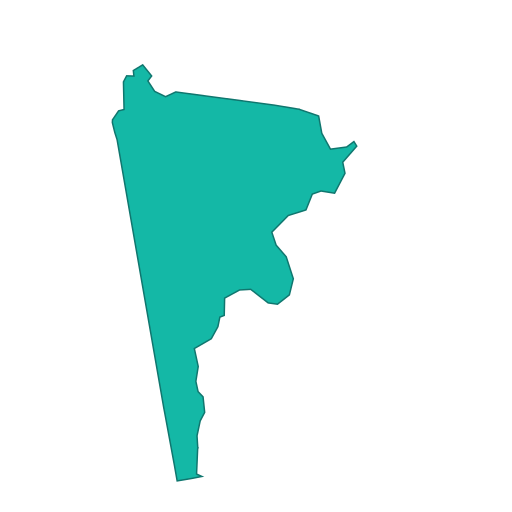 outline of Northampton, North Carolina, United States of America, rotated 260°
{"feature_id": "52423323B28238125667725", "entity_name": "Northampton", "entity_type": "district", "adm_level": 2, "iso_a3": "USA", "parent_name": "United States of America", "parent_adm1": "North Carolina", "projection": "natural_earth1", "projection_center": [-77.477, 36.356], "detail": "fine", "context": "isolated", "style": "filled", "palette": "teal", "viewbox_px": 512, "rotation_deg": 260, "n_neighbors": 0, "source": "geoboundaries", "source_scale": "gbopen_adm2", "svg_char_len": 1067}
<svg xmlns="http://www.w3.org/2000/svg" viewBox="0 0 512 512"><g transform="rotate(260 256 256)"><path d="M48.3,164.4L51.6,159.6L76.5,165.1L76.8,165.4L77.2,165.6L77.4,165.6L77.5,165.5L77.8,165.4L89.2,166.7L103.3,172.4L110.9,178.3L126.5,179.4L132.5,175.4L143.0,175.0L157.2,179.9L175.6,179.2L182.3,197.6L193.0,206.2L202.1,209.8L203.0,214.4L220.0,217.8L225.4,233.9L224.1,245.0L207.7,259.8L204.8,268.8L211.9,282.1L227.1,288.8L250.0,285.6L263.2,277.7L276.7,275.7L290.3,294.8L292.7,313.2L307.2,322.2L308.7,331.3L304.2,344.3L322.0,358.0L333.3,357.7L346.7,374.3L351.7,372.3L347.6,364.2L348.3,347.9L365.4,342.1L383.0,342.0L392.8,324.3L393.2,323.9L393.1,323.7L401.5,299.9L401.9,298.6L430.9,207.3L431.5,205.5L428.6,194.6L435.7,184.8L447.2,179.9L451.4,184.5L463.9,177.6L460.0,167.4L454.4,167.0L455.9,159.9L450.5,155.7L423.2,151.5L422.8,145.9L415.0,138.3L414.9,138.3L412.4,137.7L402.1,138.4L394.7,139.4L348.9,139.3L123.0,138.8L114.3,138.9L64.0,139.3L60.4,139.3L56.9,139.3L48.2,139.3L48.1,152.4L48.1,154.8L48.3,164.4Z" fill="#14b8a6" stroke="#0f766e" stroke-width="1.5"/></g></svg>